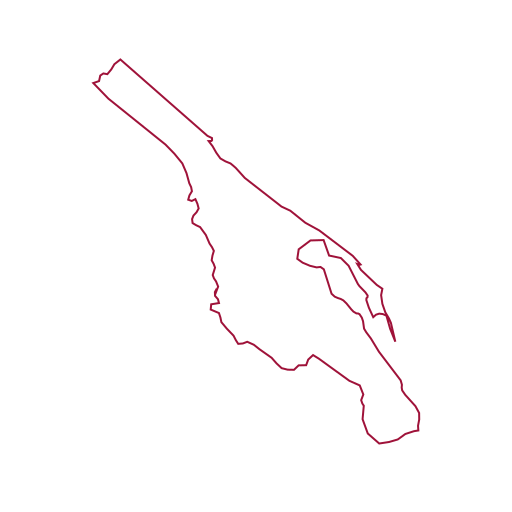 Puttalama, Natural Earth projection, rotated 138°
{"feature_id": "LKA-2462", "entity_name": "Puttalama", "entity_type": "District", "adm_level": 1, "iso_a3": "LKA", "parent_name": "Sri Lanka", "parent_adm1": "", "projection": "natural_earth1", "projection_center": [79.891, 7.922], "detail": "fine", "context": "isolated", "style": "outline", "palette": "rose", "viewbox_px": 512, "rotation_deg": 138, "n_neighbors": 0, "source": "natural_earth", "source_scale": "10m", "svg_char_len": 2314}
<svg xmlns="http://www.w3.org/2000/svg" viewBox="0 0 512 512"><g transform="rotate(138 256 256)"><path d="M225.3,492.8L211.7,377.8L209.8,373.1L211.1,371.5L212.1,371.3L214.3,373.1L214.8,366.7L216.4,359.4L216.8,355.9L217.2,352.3L215.4,346.8L213.0,341.8L212.5,338.4L212.1,335.0L212.1,321.5L204.8,280.4L204.0,275.7L200.2,266.7L197.1,247.7L191.9,232.7L184.0,191.4L184.0,179.7L185.2,180.3L185.3,180.4L185.4,180.5L185.4,180.9L186.1,182.2L187.3,175.4L185.6,153.7L184.0,147.1L189.2,143.2L194.1,135.9L197.6,127.6L199.0,120.6L200.5,116.0L209.8,99.1L209.7,99.4L205.0,112.2L199.0,124.4L200.3,127.3L200.7,128.1L203.0,130.7L206.1,132.1L209.8,132.1L206.7,142.1L203.5,149.4L202.2,150.7L200.7,150.8L199.5,151.9L199.0,155.8L199.3,164.4L199.0,167.1L193.7,186.8L193.9,190.4L194.3,197.7L199.8,205.3L201.4,207.4L195.1,222.6L205.1,231.1L219.8,232.4L227.2,226.3L225.8,219.8L223.4,214.7L222.5,212.7L221.4,211.1L218.6,207.0L215.4,204.7L214.5,200.7L225.1,177.4L224.7,173.1L223.3,170.0L221.8,167.4L220.8,164.6L220.5,160.2L220.9,152.6L220.8,149.5L220.8,149.4L220.6,148.8L219.8,146.2L219.3,145.6L218.6,145.0L218.0,143.5L218.6,139.4L220.1,135.9L224.3,129.7L225.1,125.6L225.8,117.9L228.7,102.6L231.7,66.8L233.7,62.7L235.8,60.7L237.3,58.3L238.0,52.9L238.0,37.7L239.8,30.2L244.1,25.3L249.2,21.4L252.1,17.7L255.8,20.1L264.1,23.8L273.4,24.8L281.5,28.7L289.9,34.2L291.7,49.3L286.0,63.4L276.1,72.6L275.7,75.2L274.3,78.5L268.9,81.3L265.5,90.4L270.1,100.7L278.0,137.7L279.9,144.2L286.5,144.1L291.8,141.3L297.5,146.2L303.9,146.0L308.5,150.3L312.0,155.5L312.6,162.5L312.5,169.9L315.8,184.4L317.0,191.5L319.9,198.1L324.3,199.8L328.0,202.6L327.3,206.9L326.0,211.8L326.3,221.6L326.0,230.0L323.6,234.1L321.7,238.4L325.5,246.5L321.6,250.1L315.0,245.8L313.2,249.3L313.1,253.8L310.7,256.7L308.7,257.4L308.9,256.8L309.3,256.2L304.6,258.6L302.7,263.8L302.2,267.5L300.9,270.8L294.2,274.8L292.7,278.6L291.8,282.5L288.0,285.5L283.9,288.0L282.8,292.0L282.2,296.3L279.2,305.2L278.2,314.9L279.9,319.0L281.1,322.9L278.8,326.2L275.4,327.9L270.9,328.3L266.8,329.7L264.6,334.0L263.0,338.8L266.9,339.9L268.7,343.2L264.9,345.6L260.3,347.0L258.1,350.6L256.9,354.7L252.2,364.1L248.8,374.1L248.2,386.7L248.7,399.4L260.4,471.6L261.2,493.4L255.6,491.0L251.0,494.3L247.3,493.8L244.8,490.6L238.7,491.5L232.9,493.3L225.3,492.8Z" fill="none" stroke="#9f1239" stroke-width="2"/></g></svg>